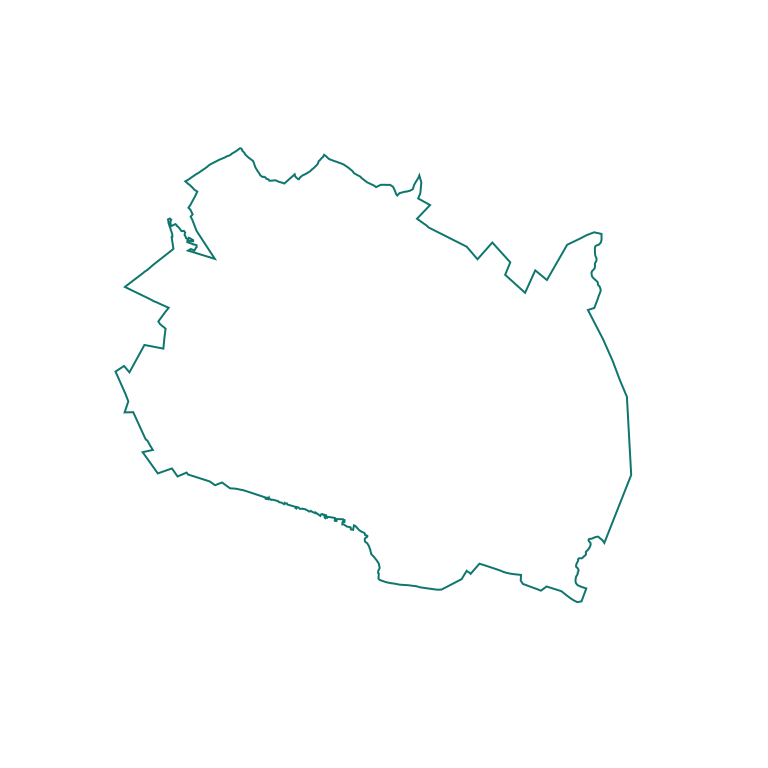 outline of Huitiupán, Chiapas, Mexico, rotated 341°
{"feature_id": "50627088B98108453745157", "entity_name": "Huitiupán", "entity_type": "district", "adm_level": 2, "iso_a3": "MEX", "parent_name": "Mexico", "parent_adm1": "Chiapas", "projection": "natural_earth1", "projection_center": [-92.702, 17.241], "detail": "fine", "context": "isolated", "style": "outline", "palette": "teal", "viewbox_px": 768, "rotation_deg": 341, "n_neighbors": 0, "source": "geoboundaries", "source_scale": "gbopen_adm2", "svg_char_len": 6142}
<svg xmlns="http://www.w3.org/2000/svg" viewBox="0 0 768 768"><g transform="rotate(341 384 384)"><path d="M609.5,475.2L608.3,457.1L607.7,436.3L605.7,413.1L600.9,380.4L607.6,380.6L609.3,378.5L613.1,374.0L615.6,370.8L618.4,367.5L619.6,365.6L619.6,362.0L619.4,361.3L618.8,360.5L618.7,359.9L618.8,359.0L619.2,357.8L619.0,356.8L618.0,354.8L616.7,352.6L615.8,350.4L615.9,348.3L616.4,346.4L617.4,345.1L620.2,343.6L621.2,342.7L622.0,340.8L622.4,339.5L622.9,338.5L623.7,337.7L624.5,337.2L625.2,336.1L625.8,334.5L625.6,331.3L625.8,330.1L626.7,326.9L627.8,323.8L629.0,322.4L630.3,322.2L632.5,322.2L635.0,320.9L636.6,318.6L638.5,312.9L632.1,309.0L624.2,309.2L617.8,310.2L602.5,312.0L571.9,338.7L564.0,325.8L547.1,343.7L534.1,320.2L543.0,310.1L532.5,285.5L513.0,296.5L506.9,281.1L477.2,250.6L476.1,248.4L469.0,238.5L485.8,229.8L476.7,219.7L480.5,215.4L484.9,205.6L485.3,198.3L483.5,200.4L480.2,203.0L477.5,205.4L474.6,209.2L471.7,209.7L468.5,209.5L466.5,209.0L460.7,208.6L457.9,210.1L457.5,209.0L457.3,207.9L457.2,204.1L456.8,200.6L454.6,197.7L445.8,194.6L440.6,195.3L439.5,193.5L433.8,187.9L430.0,182.2L429.1,180.2L424.3,175.0L423.5,172.4L422.5,170.7L420.6,167.7L417.4,163.4L414.9,161.2L407.5,155.3L405.1,153.2L403.8,150.6L402.0,147.8L400.0,149.6L398.1,150.3L397.0,151.1L394.7,152.1L393.6,153.7L392.3,154.8L388.2,156.8L385.7,157.7L383.4,158.8L379.2,159.8L378.3,159.7L377.4,160.1L376.3,160.1L374.8,160.3L371.8,161.4L371.3,161.9L370.1,162.7L369.8,162.5L369.3,162.0L368.0,159.7L367.6,158.5L367.8,156.7L355.0,162.0L353.2,160.5L350.3,158.5L347.8,156.1L342.6,154.8L341.8,154.4L341.5,153.1L339.5,151.6L339.3,150.4L338.1,149.0L336.6,148.7L335.0,146.5L334.4,143.3L333.7,141.1L332.9,137.1L332.9,130.6L330.0,126.4L328.3,123.4L327.3,121.3L327.4,120.4L325.9,117.0L326.1,116.0L325.8,115.1L324.6,114.2L319.9,115.7L315.0,116.7L313.7,117.3L312.7,117.5L310.5,117.6L309.6,117.5L307.2,118.0L300.3,118.4L299.6,118.6L291.1,119.8L289.4,120.3L287.3,121.2L276.6,124.2L274.4,124.5L272.9,125.0L269.9,125.8L265.9,127.0L262.1,127.7L263.9,130.7L263.9,130.9L265.0,132.4L267.2,136.7L267.8,138.3L270.1,141.3L266.5,145.0L259.4,151.5L256.5,153.7L257.7,156.3L258.3,161.3L255.7,162.8L256.2,166.3L256.6,178.1L264.8,210.6L242.1,194.1L245.1,193.5L245.8,193.9L248.3,196.0L248.6,195.6L250.7,193.9L251.5,193.5L251.9,191.6L251.2,191.1L248.8,189.7L248.7,189.4L244.2,185.8L244.9,184.3L245.4,184.3L248.2,186.2L250.0,186.9L250.4,185.9L249.3,184.7L249.1,184.3L247.1,182.2L246.0,183.0L244.3,181.8L244.4,180.6L244.0,177.9L245.3,176.1L244.7,174.1L242.7,173.7L242.2,173.3L241.5,170.8L240.4,168.1L239.5,166.9L239.5,166.0L238.8,164.9L234.3,165.4L234.2,164.2L234.7,161.2L236.3,159.5L235.4,157.8L233.3,158.1L233.1,160.7L232.7,161.3L232.6,172.1L232.5,174.0L231.6,176.2L231.0,176.1L230.6,178.3L228.9,187.7L204.0,196.4L197.4,199.1L194.5,199.8L190.7,201.2L171.0,207.7L170.6,207.9L190.2,227.4L192.0,229.3L193.0,230.6L195.7,232.8L199.5,236.5L205.2,241.8L199.9,245.2L191.0,251.4L191.8,254.6L195.5,260.6L192.0,267.6L186.9,278.7L170.2,269.1L147.1,290.1L144.1,282.3L134.2,284.8L136.3,309.0L136.6,317.2L129.5,326.4L137.7,329.0L140.5,357.6L140.8,359.0L141.8,360.3L142.9,366.4L144.0,371.1L133.6,369.9L138.9,387.7L141.0,394.9L156.0,394.8L158.7,404.2L168.5,403.5L169.3,405.8L187.6,419.5L191.3,424.7L198.8,424.4L204.5,432.5L209.7,434.7L216.8,438.9L233.5,451.6L235.6,453.2L234.7,453.9L234.9,454.2L236.0,454.7L236.1,454.2L236.1,453.4L237.2,453.7L237.6,454.9L238.1,454.4L238.0,455.4L238.5,455.2L238.6,455.3L238.9,456.0L239.7,456.8L239.8,456.7L241.2,457.2L245.8,460.3L246.1,461.4L247.0,462.0L248.6,462.9L250.4,465.1L251.4,464.3L251.5,464.9L253.3,465.3L253.4,466.5L260.4,471.4L260.0,472.5L260.7,473.2L261.9,472.1L263.1,473.1L263.7,474.6L266.3,475.5L266.4,475.4L267.2,476.0L267.6,476.1L268.3,476.5L270.2,478.3L271.8,480.3L272.7,480.4L273.4,480.1L275.1,482.1L276.7,483.5L277.8,484.3L278.0,484.3L278.0,484.0L280.9,488.0L281.3,487.6L281.3,487.3L282.1,486.8L283.5,486.9L284.0,488.1L284.5,488.6L285.1,488.7L285.4,488.4L286.5,489.3L285.7,490.3L285.0,489.8L284.4,490.9L284.9,491.8L285.7,491.3L285.8,491.6L286.4,491.9L286.7,490.9L291.9,493.5L294.1,494.9L292.9,497.2L293.4,497.7L294.4,498.1L295.5,496.4L299.6,497.9L301.8,498.8L302.1,498.6L301.3,499.7L302.3,499.9L301.7,501.5L300.4,500.9L299.7,501.2L298.9,503.2L300.1,503.5L302.4,506.6L305.8,508.7L305.3,510.7L307.3,511.8L309.6,507.9L310.1,508.4L310.6,508.8L310.9,509.4L312.8,513.8L313.7,515.1L314.7,516.4L316.9,518.4L317.2,519.2L316.9,520.5L317.5,521.2L318.1,521.4L318.8,522.1L318.6,522.8L318.1,523.1L317.8,523.3L316.6,523.4L315.5,524.1L315.2,524.8L314.9,525.7L314.8,527.0L315.1,527.6L316.1,528.7L316.4,529.6L316.7,531.2L317.1,532.6L316.9,534.6L317.1,536.7L316.8,537.7L316.8,539.7L316.5,540.6L318.2,544.1L319.7,548.5L320.4,551.2L320.6,552.1L320.5,553.1L320.3,554.0L320.2,555.6L320.1,556.3L319.5,557.2L317.8,558.7L317.3,559.7L316.9,561.1L317.3,561.5L316.5,563.9L316.1,564.5L315.9,565.1L315.5,565.8L315.5,566.4L315.6,566.9L316.2,567.9L321.2,571.9L325.9,574.7L329.0,576.2L333.4,578.8L341.5,582.2L348.8,585.8L352.3,588.2L367.3,595.8L371.4,597.1L393.8,593.8L401.3,587.6L401.5,588.1L403.7,590.6L404.1,591.7L415.7,585.0L420.4,588.4L432.8,597.9L435.7,600.5L437.7,602.0L442.3,604.8L445.5,606.4L451.4,609.1L449.3,614.4L450.2,618.2L458.7,625.2L461.5,627.4L465.1,630.5L471.8,628.4L484.2,637.6L487.8,643.2L490.4,647.1L493.0,650.4L495.8,653.2L500.0,653.8L508.7,643.2L504.4,639.9L501.6,637.3L500.7,635.1L500.7,633.7L501.0,632.4L502.0,630.1L502.5,629.6L502.9,628.6L504.5,627.5L505.0,626.8L505.6,626.3L505.7,625.4L507.3,623.7L507.3,622.8L507.4,622.3L507.2,621.8L507.1,621.0L506.4,620.1L506.4,619.8L506.2,619.3L506.2,618.8L507.1,617.2L508.0,616.2L509.7,614.6L510.2,613.9L510.4,613.0L511.1,612.4L511.6,612.3L513.1,612.7L514.0,613.2L515.2,613.0L516.6,612.1L517.0,612.1L517.9,611.9L519.4,610.9L519.9,610.0L519.9,609.2L520.1,608.7L520.5,608.2L521.2,607.9L522.6,607.4L523.2,606.8L524.0,606.5L525.3,605.3L526.8,603.6L527.2,602.9L527.3,602.3L527.4,602.2L527.4,601.2L526.6,599.4L526.5,598.6L526.8,597.7L527.4,597.4L528.2,597.4L529.9,597.9L531.8,597.7L534.4,597.6L536.5,597.9L537.1,598.5L538.3,600.7L539.4,602.2L539.9,603.4L540.6,606.0L588.1,550.5L609.5,475.2Z" fill="none" stroke="#0f766e" stroke-width="2"/></g></svg>